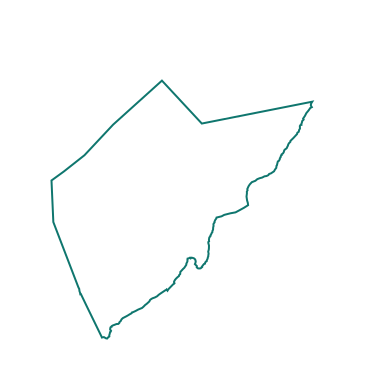 outline of Faasalelelaga IV, Fa'asaleleaga, Samoa, rotated 73°
{"feature_id": "51752279B84305185807219", "entity_name": "Faasalelelaga IV", "entity_type": "district", "adm_level": 2, "iso_a3": "WSM", "parent_name": "Samoa", "parent_adm1": "Fa'asaleleaga", "projection": "mercator", "projection_center": [-172.223, -13.576], "detail": "fine", "context": "isolated", "style": "outline", "palette": "teal", "viewbox_px": 384, "rotation_deg": 73, "n_neighbors": 0, "source": "geoboundaries", "source_scale": "gbopen_adm2", "svg_char_len": 2701}
<svg xmlns="http://www.w3.org/2000/svg" viewBox="0 0 384 384"><g transform="rotate(73 192 192)"><path d="M180.2,333.4L250.2,328.5L251.5,328.2L254.1,328.6L255.5,328.5L257.1,328.7L257.1,328.1L270.2,326.1L304.4,320.7L304.8,320.7L305.0,318.7L306.9,316.9L307.3,315.9L306.5,314.8L306.0,313.3L305.0,313.1L303.3,312.0L302.0,311.3L301.9,310.7L301.1,310.0L299.6,310.5L298.4,310.0L297.6,309.5L297.3,308.8L297.4,308.3L296.8,308.0L296.5,306.9L296.2,302.8L296.6,301.0L296.0,299.8L295.4,299.6L294.4,297.7L293.3,296.8L292.4,295.1L291.6,290.8L290.2,285.1L289.6,284.5L289.7,283.7L289.3,280.8L288.7,277.9L288.5,275.9L288.3,273.7L287.5,271.9L286.3,269.7L285.8,268.2L284.2,264.8L283.0,263.7L282.6,262.8L282.1,260.9L282.0,258.4L281.5,255.8L280.6,254.0L279.9,251.9L278.6,247.6L278.3,246.7L278.0,245.1L277.8,244.8L279.2,244.3L278.1,243.0L277.5,242.0L274.7,236.9L274.5,236.0L274.1,235.4L273.0,235.6L272.4,235.3L271.2,234.1L270.3,232.8L269.2,230.7L268.6,229.1L267.8,228.7L267.0,227.3L265.0,226.5L262.9,222.9L262.3,221.6L260.0,218.8L258.8,218.3L257.2,216.8L256.4,216.4L255.7,216.3L254.4,215.7L254.5,214.7L254.2,213.1L255.1,212.7L254.7,211.5L255.9,209.6L257.4,208.7L259.3,208.7L260.8,209.4L261.8,210.3L264.3,209.0L265.4,209.5L266.6,208.8L267.2,207.7L267.5,206.1L266.8,204.4L266.4,204.5L264.4,201.7L264.3,200.5L263.8,200.4L262.7,199.3L262.5,198.2L261.9,198.0L260.2,196.5L259.0,195.9L258.4,195.3L257.0,194.8L256.0,194.2L253.7,193.9L252.2,192.9L250.8,192.3L248.1,191.4L245.4,191.3L244.5,190.9L244.2,190.1L242.7,189.8L240.8,188.9L240.2,188.3L239.8,187.4L238.9,187.1L238.5,186.4L237.1,185.3L236.4,184.3L235.3,183.9L234.2,182.9L231.8,182.0L230.8,181.3L229.6,181.1L228.6,180.6L227.7,179.3L227.0,179.2L225.4,177.8L224.5,176.6L223.6,176.0L223.9,170.8L223.3,167.9L223.6,161.5L224.2,156.3L223.3,151.8L222.3,147.0L221.0,142.2L218.7,141.8L216.2,141.8L212.3,141.2L209.4,139.9L207.6,139.4L206.5,138.3L205.4,138.3L203.1,136.3L201.6,134.5L200.1,131.9L199.8,128.1L198.8,125.8L198.6,123.3L198.7,120.6L198.2,118.1L198.5,116.1L198.2,114.1L197.3,112.9L197.3,111.2L196.2,107.5L194.8,106.1L193.6,104.4L191.6,103.5L191.3,103.0L187.9,101.0L187.5,99.6L186.2,98.4L185.5,98.2L184.6,97.0L183.9,96.8L183.1,96.0L183.0,95.5L182.3,95.4L181.6,93.6L180.7,92.6L179.1,91.6L178.5,90.6L178.0,89.1L177.5,88.3L176.9,87.9L175.7,86.7L175.0,86.3L173.8,85.2L172.8,83.3L171.9,82.9L170.1,79.4L167.3,74.6L166.1,73.9L165.6,72.3L164.1,71.5L162.9,70.2L160.5,69.6L159.7,68.7L159.8,67.7L158.8,67.5L157.9,66.7L156.4,65.9L155.4,64.1L154.3,64.3L152.2,61.7L150.0,59.6L148.1,56.7L146.2,54.3L145.9,52.6L144.4,53.0L143.7,53.0L142.2,52.2L140.8,50.6L129.4,162.6L76.7,188.2L104.5,247.7L125.4,284.1L134.9,308.5L139.9,323.0L180.2,333.4Z" fill="none" stroke="#0f766e" stroke-width="2"/></g></svg>